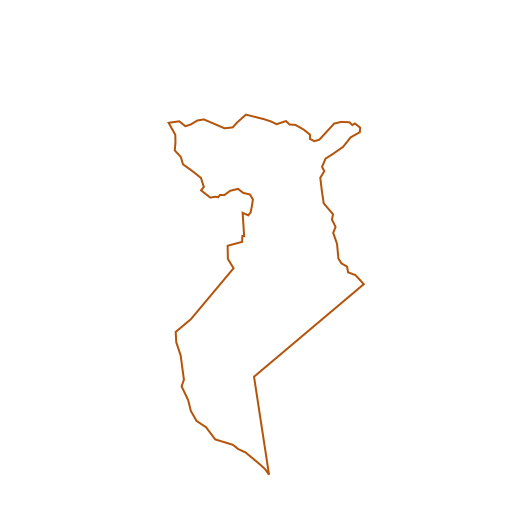 Beruniy, Karakalpakstan, Uzbekistan, rotated 131°
{"feature_id": "79887680B9862753118700", "entity_name": "Beruniy", "entity_type": "district", "adm_level": 2, "iso_a3": "UZB", "parent_name": "Uzbekistan", "parent_adm1": "Karakalpakstan", "projection": "orthographic", "projection_center": [60.771, 42.004], "detail": "fine", "context": "isolated", "style": "outline", "palette": "amber", "viewbox_px": 512, "rotation_deg": 131, "n_neighbors": 0, "source": "geoboundaries", "source_scale": "gbopen_adm2", "svg_char_len": 1323}
<svg xmlns="http://www.w3.org/2000/svg" viewBox="0 0 512 512"><g transform="rotate(131 256 256)"><path d="M90.8,261.5L91.1,268.3L94.0,269.2L93.7,273.1L98.9,279.7L104.8,283.9L126.6,284.5L131.0,287.2L132.2,292.1L129.0,294.7L129.3,303.0L131.2,312.2L134.8,317.0L134.5,321.9L143.0,326.9L144.7,333.2L147.4,339.5L155.9,356.3L167.0,357.8L174.3,358.0L180.3,363.6L187.1,384.9L192.1,389.1L199.9,391.7L204.4,394.5L204.7,402.3L212.8,409.3L217.5,396.4L223.1,391.3L229.6,386.6L230.6,377.7L234.7,371.2L233.6,358.5L233.2,348.7L238.1,340.7L242.5,340.5L241.9,328.8L237.9,325.5L236.4,323.1L233.5,323.2L230.9,319.9L223.6,318.2L217.1,313.6L216.8,307.2L213.6,301.0L215.3,295.5L220.9,291.9L226.6,288.7L230.4,288.5L232.2,294.4L248.8,278.0L249.8,279.4L254.5,275.8L266.9,284.1L276.6,275.4L280.0,264.9L346.5,263.7L366.0,266.8L373.4,259.6L380.5,247.6L396.6,229.3L403.2,226.6L409.3,212.6L415.7,203.5L419.5,192.6L418.0,181.3L421.2,166.5L413.7,149.7L413.4,142.8L411.1,135.1L410.7,116.0L410.9,109.1L412.5,102.7L348.4,178.3L206.6,156.2L205.5,165.1L205.2,168.5L207.9,175.8L204.3,180.3L205.5,186.7L203.9,192.1L193.7,202.8L187.9,212.9L181.8,215.1L178.7,222.6L174.0,225.2L171.8,239.5L163.5,249.2L154.8,258.8L147.2,260.1L145.4,264.6L136.9,267.4L128.1,264.8L116.4,261.9L104.3,262.4L94.5,258.9L90.8,261.5Z" fill="none" stroke="#b45309" stroke-width="2"/></g></svg>